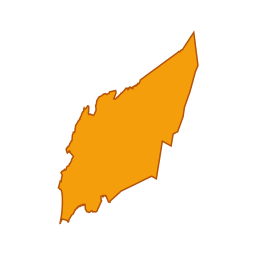 Húnavatnshreppur, Norðurland vestra, Iceland (Equal Earth projection), rotated 279°
{"feature_id": "244011B27584551294957", "entity_name": "Húnavatnshreppur", "entity_type": "district", "adm_level": 2, "iso_a3": "ISL", "parent_name": "Iceland", "parent_adm1": "Norðurland vestra", "projection": "equal_earth", "projection_center": [-19.834, 65.207], "detail": "fine", "context": "isolated", "style": "filled", "palette": "amber", "viewbox_px": 256, "rotation_deg": 279, "n_neighbors": 0, "source": "geoboundaries", "source_scale": "gbopen_adm2", "svg_char_len": 5201}
<svg xmlns="http://www.w3.org/2000/svg" viewBox="0 0 256 256"><g transform="rotate(279 128 128)"><path d="M117.0,173.4L129.1,173.5L132.1,177.6L147.7,180.6L157.3,180.5L173.7,183.5L193.9,185.7L200.7,187.3L232.7,178.0L213.8,169.5L213.6,168.8L213.5,168.5L212.8,168.1L212.2,167.6L211.4,167.4L211.4,167.2L211.6,167.1L211.6,166.5L211.4,166.3L211.4,166.1L211.1,166.0L210.5,165.4L210.3,165.3L200.6,155.6L177.3,132.6L176.0,132.6L174.4,132.1L173.9,132.0L173.4,131.6L173.6,131.4L173.6,131.1L173.1,130.8L173.2,130.7L172.8,130.5L172.9,130.4L172.7,130.3L172.3,130.4L172.2,130.3L171.9,130.3L171.5,129.9L171.5,129.7L171.3,129.6L171.5,129.4L171.2,129.2L171.3,129.1L170.8,128.8L171.0,128.6L170.8,128.4L170.6,127.9L170.3,127.8L170.3,127.6L170.1,127.6L169.9,127.2L169.6,127.1L169.3,126.8L168.9,126.5L168.6,126.5L169.1,126.2L168.5,125.7L168.0,125.7L167.7,125.4L167.8,125.2L167.4,125.1L167.8,125.0L167.4,124.9L168.1,124.9L168.3,124.8L168.5,124.5L168.3,124.3L168.3,124.2L168.8,124.0L168.8,123.8L168.3,123.5L168.0,123.0L167.6,122.9L168.0,122.7L167.7,122.5L167.1,122.3L166.2,122.2L165.9,122.0L165.9,121.8L166.4,121.7L167.0,121.2L166.6,121.0L166.7,120.7L167.0,120.4L166.9,119.9L167.0,119.8L166.9,119.7L166.7,119.5L166.0,119.3L165.1,118.7L164.6,118.5L164.1,118.1L163.4,117.8L162.8,117.1L162.1,116.8L161.7,116.3L161.3,116.1L161.0,115.8L161.1,115.6L159.6,114.9L159.4,114.6L158.8,114.3L158.8,114.2L158.6,114.0L157.9,113.8L157.7,113.7L157.8,113.5L157.0,113.1L156.9,112.9L156.9,112.6L156.2,112.3L155.6,111.8L155.0,111.4L154.8,111.1L154.8,110.8L155.1,110.5L154.7,110.3L154.7,110.2L154.7,109.8L154.9,109.6L154.8,109.4L155.8,109.6L158.3,110.2L160.6,110.6L161.2,110.6L161.8,110.5L163.1,109.9L160.8,104.1L159.3,103.8L159.0,103.4L158.8,102.8L157.7,101.7L158.4,100.4L158.3,100.0L157.8,98.8L156.8,97.7L155.8,97.1L154.2,94.6L150.4,93.0L150.0,93.0L148.9,92.9L146.6,93.0L145.3,92.5L141.7,93.5L140.6,93.6L139.7,93.5L136.9,92.7L135.5,92.2L135.0,91.8L135.0,91.3L135.2,90.9L135.2,90.5L135.5,90.1L135.7,88.7L135.9,88.3L135.8,88.2L135.3,88.0L135.2,87.6L135.5,87.3L135.5,87.1L135.7,86.9L136.7,86.4L138.1,86.6L138.8,86.4L142.0,86.1L143.1,85.8L143.4,85.5L143.6,85.0L143.6,84.8L143.4,84.5L142.5,84.3L141.6,83.8L140.3,83.0L140.3,82.5L140.6,81.6L140.8,81.5L140.5,81.4L139.8,81.4L139.0,81.6L137.5,81.4L137.1,81.2L137.0,80.9L136.2,80.5L134.2,80.0L132.6,79.9L131.3,79.4L130.8,79.3L130.3,79.0L129.7,79.0L129.0,79.2L128.8,79.0L128.7,78.7L128.4,78.6L127.4,77.9L126.5,77.5L125.6,77.3L125.0,77.1L122.5,75.9L121.9,75.9L120.2,76.0L119.2,75.8L117.9,76.1L115.5,76.0L115.3,75.9L115.4,75.3L115.3,75.1L115.0,74.9L115.1,74.7L113.8,74.6L112.4,74.2L111.8,74.2L109.8,74.4L106.7,74.6L106.6,74.4L106.6,74.1L104.6,73.5L102.9,72.8L101.9,72.8L101.2,72.5L100.9,72.5L100.8,72.4L100.5,72.1L100.4,71.8L99.9,71.7L99.5,71.5L99.6,71.3L99.4,71.2L99.5,71.1L99.2,70.9L98.4,70.8L98.1,70.6L97.8,70.6L97.7,70.4L97.5,70.2L96.4,70.6L94.5,71.5L93.9,72.0L94.8,72.5L94.8,73.3L95.1,73.5L96.2,73.6L96.9,73.6L96.4,73.8L95.9,74.2L94.6,74.8L94.1,75.2L93.9,75.4L93.7,75.9L92.2,77.6L91.8,78.2L91.2,78.5L90.5,78.3L90.2,78.1L90.1,77.9L89.9,77.8L89.2,77.8L88.5,77.4L86.6,77.2L85.9,77.0L85.4,76.7L84.0,76.5L83.7,76.3L83.7,76.0L83.5,75.8L82.1,75.6L81.2,75.2L81.0,74.7L80.8,74.2L80.4,73.9L79.3,73.5L78.5,73.5L77.1,73.2L76.9,73.0L77.1,72.7L76.5,72.2L76.6,71.9L77.0,71.6L75.7,71.0L75.6,70.7L75.6,70.3L74.7,69.5L73.5,68.8L71.0,70.5L67.7,70.2L65.1,70.4L65.1,70.2L64.7,70.2L65.0,69.4L58.1,68.7L58.1,68.9L57.9,69.3L56.8,70.4L56.8,70.8L56.6,71.2L56.5,71.7L56.3,71.9L55.4,72.1L54.1,72.8L50.2,73.8L47.2,74.4L41.7,75.2L34.7,75.9L28.8,76.0L26.5,75.8L26.1,75.9L25.7,76.0L25.3,75.8L23.3,75.8L23.5,76.1L23.8,76.2L25.3,76.0L26.0,76.1L25.8,76.6L26.8,76.8L27.7,77.2L27.7,77.3L27.5,77.6L27.7,78.3L27.6,78.6L27.7,79.4L27.5,80.3L27.3,81.0L27.2,82.2L27.1,82.4L26.1,83.2L25.8,83.5L25.9,83.8L26.3,84.0L27.9,84.0L28.8,84.2L32.5,85.7L33.6,86.3L34.1,86.9L34.7,87.4L39.2,88.6L39.5,89.0L39.3,89.1L39.8,89.4L40.1,89.5L40.3,89.8L40.9,90.0L41.0,90.3L41.3,90.3L41.4,90.2L41.5,90.2L41.6,90.5L41.4,90.6L41.5,91.0L41.8,91.1L42.1,91.0L42.8,91.2L43.1,91.6L42.8,91.9L43.5,92.2L43.4,92.5L43.7,92.9L43.7,93.0L43.9,93.1L43.6,93.3L43.8,93.4L43.8,93.5L44.0,93.6L44.3,93.8L44.2,94.0L44.4,94.2L44.4,94.3L44.8,94.6L44.8,94.8L44.6,94.9L45.2,95.2L45.1,95.3L45.0,95.5L45.3,95.7L45.3,95.9L45.4,96.0L45.1,96.1L45.4,96.3L45.3,96.5L45.6,96.7L45.7,96.8L45.5,97.0L45.8,97.3L45.7,97.6L44.2,98.0L43.2,98.1L41.4,98.5L41.1,98.8L40.7,99.0L40.7,99.3L40.0,99.7L39.5,99.9L39.1,100.2L39.0,101.3L38.5,101.9L38.5,102.2L39.1,103.7L39.7,104.1L40.1,104.4L40.6,105.2L40.5,105.5L39.9,106.0L39.5,106.5L39.6,106.8L40.1,107.6L40.0,109.0L40.1,109.3L40.6,109.9L41.2,110.4L42.9,110.7L44.1,111.1L46.1,111.7L50.2,112.7L51.0,113.1L51.8,113.3L52.5,113.1L52.7,112.8L52.6,112.6L52.8,112.5L53.6,112.5L55.5,112.0L55.9,112.1L56.2,112.0L56.4,112.1L56.3,112.4L56.5,112.5L56.5,112.8L56.6,113.0L56.8,113.2L57.0,113.2L57.2,113.5L56.7,113.9L56.7,114.0L56.4,114.1L56.7,114.2L56.5,114.3L56.6,114.5L56.9,114.7L57.1,114.8L57.5,115.1L57.6,115.5L57.9,115.8L57.0,116.6L57.0,116.8L56.9,117.0L57.2,117.2L57.2,117.3L56.4,117.6L52.1,120.2L51.8,120.6L51.8,121.8L53.2,121.9L64.7,131.1L74.6,145.3L81.9,155.6L84.1,159.0L82.2,163.9L120.4,164.0L117.0,173.4Z" fill="#f59e0b" stroke="#b45309" stroke-width="1.5"/></g></svg>